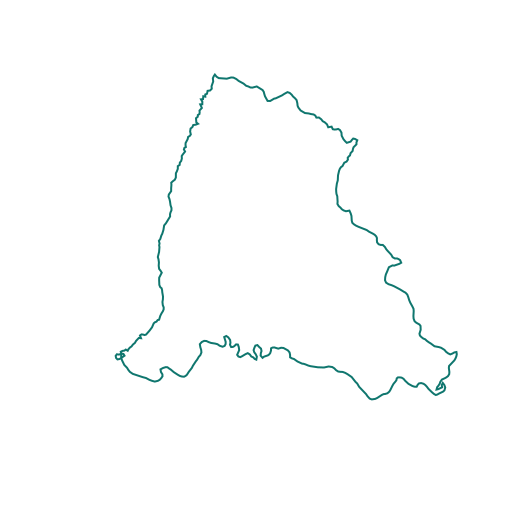 Urucuia, Minas Gerais, Brazil (Robinson projection), rotated 343°
{"feature_id": "56859067B5271560558977", "entity_name": "Urucuia", "entity_type": "district", "adm_level": 2, "iso_a3": "BRA", "parent_name": "Brazil", "parent_adm1": "Minas Gerais", "projection": "robinson", "projection_center": [-45.578, -16.022], "detail": "fine", "context": "isolated", "style": "outline", "palette": "teal", "viewbox_px": 512, "rotation_deg": 343, "n_neighbors": 0, "source": "geoboundaries", "source_scale": "gbopen_adm2", "svg_char_len": 6119}
<svg xmlns="http://www.w3.org/2000/svg" viewBox="0 0 512 512"><g transform="rotate(343 256 256)"><path d="M98.7,308.0L98.6,310.1L100.6,310.9L101.1,312.9L97.3,314.1L97.4,316.7L98.2,321.7L100.0,325.2L100.6,327.6L101.5,329.9L103.7,332.7L112.2,338.7L115.1,340.5L117.9,343.3L120.1,345.0L122.5,346.5L125.7,346.7L127.8,346.2L129.8,345.0L131.4,343.7L131.9,341.8L131.2,339.2L131.5,336.5L134.4,335.9L137.2,335.9L138.8,336.5L140.1,338.3L141.3,339.7L143.4,343.0L146.4,346.6L148.2,348.5L149.9,349.6L151.9,350.4L153.6,350.1L155.2,349.4L157.9,347.1L161.9,344.3L163.6,342.5L167.7,339.1L169.3,338.0L171.9,335.6L173.7,334.6L175.6,332.3L176.1,329.9L176.1,327.0L176.5,323.9L179.0,322.4L181.6,322.0L183.7,322.8L185.7,324.6L187.6,326.0L191.3,327.8L193.4,329.1L195.0,331.2L197.5,333.0L199.7,332.8L201.2,331.3L201.9,329.2L201.9,324.2L204.2,323.8L205.7,325.7L206.7,328.7L206.2,331.5L205.2,333.2L205.6,335.8L207.3,336.2L208.8,335.9L211.1,334.7L212.8,335.4L212.9,338.1L212.4,341.1L209.1,345.0L209.8,347.0L211.4,348.1L213.3,347.8L217.3,346.8L219.7,346.5L221.3,348.3L222.1,350.7L223.8,352.2L224.6,354.0L226.0,355.2L227.4,352.5L227.0,349.8L226.2,347.6L226.2,345.3L227.7,343.2L229.2,341.5L231.3,341.6L232.4,343.9L233.7,346.0L233.5,348.5L232.3,350.2L231.3,352.6L232.5,355.3L234.3,354.6L238.3,354.5L239.8,354.0L241.2,353.0L242.7,350.8L243.4,348.7L245.0,348.4L246.8,348.8L250.2,351.1L253.2,351.1L255.4,352.0L258.9,355.6L259.9,358.0L259.7,360.4L259.0,362.9L260.4,364.4L262.2,365.6L264.8,369.0L268.6,372.4L270.0,373.0L271.7,374.2L274.0,376.1L275.9,377.3L282.6,380.5L288.4,382.5L293.2,382.9L296.5,384.5L298.1,386.4L299.2,388.6L300.8,390.5L303.0,391.5L305.0,392.2L307.1,393.8L309.0,395.8L312.1,399.7L314.4,405.6L315.5,407.5L316.4,411.3L320.9,420.3L321.6,422.6L323.0,425.6L324.8,427.0L328.2,427.5L330.4,427.2L336.0,425.6L337.7,425.4L339.2,425.7L341.5,425.7L343.8,424.7L345.4,423.3L348.4,420.1L350.2,418.4L352.1,417.2L353.9,415.9L354.8,414.2L356.2,413.6L358.0,414.1L359.7,414.9L361.2,416.6L362.2,419.0L364.4,422.8L367.5,426.0L369.3,427.3L371.4,428.0L373.0,426.4L374.6,425.5L376.8,425.8L378.9,427.2L380.2,428.9L381.2,431.0L382.1,433.5L384.4,437.7L385.8,439.9L387.3,441.5L388.9,441.5L391.1,441.0L395.2,440.4L396.9,439.6L398.5,437.1L398.4,434.5L397.5,432.0L395.9,433.7L395.6,436.0L391.3,436.6L389.6,436.5L390.9,434.4L392.4,433.5L394.3,431.9L395.5,430.2L397.7,428.5L400.8,428.1L402.6,427.7L404.5,427.0L406.2,425.5L407.0,423.5L407.7,419.4L408.5,417.6L415.2,413.8L416.8,412.3L418.2,410.6L419.3,408.6L419.6,406.4L417.4,406.2L415.4,406.7L413.0,406.9L411.2,405.2L409.7,403.1L408.8,400.9L406.2,397.9L404.3,396.6L400.3,394.5L397.6,390.8L396.0,389.0L394.5,387.0L393.5,385.2L391.8,383.8L390.4,381.8L389.5,380.0L389.6,378.1L391.9,374.7L392.9,371.0L392.3,369.3L389.8,366.7L388.6,364.8L388.4,362.0L389.0,359.4L390.7,354.8L391.2,352.6L390.8,350.0L389.9,345.8L389.6,343.1L389.6,339.8L389.4,337.1L388.2,334.7L386.9,333.4L383.9,330.0L379.2,325.3L377.2,323.6L374.5,321.7L372.6,319.5L372.3,316.9L373.4,314.0L374.8,311.6L377.2,308.8L379.8,305.6L383.7,304.9L385.4,305.6L390.8,305.4L392.9,304.9L392.6,302.1L391.5,300.7L390.2,299.6L388.1,299.0L386.3,297.1L385.7,294.3L383.2,289.2L382.5,287.5L381.9,285.0L380.5,282.5L378.5,281.9L376.7,280.6L375.8,278.4L376.2,276.2L376.9,274.2L376.7,272.4L375.7,270.4L374.2,268.7L371.2,265.8L369.5,263.6L362.5,258.0L360.5,256.2L358.9,254.3L357.8,252.4L357.9,250.2L359.0,245.6L359.0,243.0L358.6,239.9L355.1,239.5L353.1,238.0L351.7,236.3L350.9,234.4L349.7,232.5L349.1,230.0L349.9,228.0L351.2,222.6L351.1,220.2L351.5,218.0L352.2,215.4L354.5,210.4L356.3,207.6L358.0,202.9L360.3,198.9L361.7,197.1L363.2,195.9L365.0,195.3L367.7,192.6L370.2,192.2L372.1,190.7L372.4,188.9L373.8,187.9L375.3,187.3L376.5,185.3L379.1,183.8L380.0,182.0L381.1,180.5L384.7,178.6L385.3,176.7L386.7,174.9L384.9,173.0L383.3,172.1L381.7,173.0L379.9,174.3L375.9,174.3L374.8,172.3L373.8,169.9L373.1,166.0L373.8,163.0L373.1,160.1L371.7,158.5L369.6,158.4L368.0,158.0L366.5,157.2L366.1,154.4L362.7,154.0L362.4,150.9L360.8,148.2L359.2,146.6L358.4,144.4L356.7,142.0L354.2,141.3L353.8,139.1L352.5,137.5L350.2,136.4L348.1,135.1L344.6,133.6L341.2,129.9L339.9,126.4L339.7,124.5L340.2,121.9L340.4,118.8L339.5,116.7L338.0,114.2L337.3,112.2L335.9,109.9L334.0,108.5L330.2,109.3L327.9,110.0L320.9,111.0L319.4,110.8L314.9,111.9L312.4,111.1L311.3,105.9L311.3,103.5L311.4,101.2L310.8,99.2L306.3,94.1L301.8,93.9L299.9,93.2L298.2,91.6L296.4,90.4L294.5,87.5L290.6,83.5L288.9,81.0L286.6,78.8L284.4,78.0L279.9,77.9L272.4,75.0L270.7,73.0L269.7,70.5L268.3,71.6L266.7,73.4L266.1,76.6L263.1,80.7L262.6,83.1L260.5,84.3L258.0,83.9L256.6,86.5L254.7,86.7L254.1,88.8L252.3,87.8L251.2,90.5L249.2,90.1L249.8,92.8L249.0,95.2L247.0,94.7L247.5,98.6L244.5,100.4L244.1,102.2L243.4,103.7L241.6,104.2L241.0,105.8L238.9,106.7L238.0,110.8L239.2,112.6L236.8,112.8L234.3,112.4L232.9,114.1L230.7,115.0L229.4,117.7L229.2,120.7L227.8,121.8L225.9,122.3L224.8,124.3L221.7,127.4L221.0,129.4L220.8,131.3L219.2,131.6L218.2,133.0L218.7,135.4L215.5,137.6L214.2,138.7L213.6,141.1L212.2,143.3L210.5,144.4L209.6,146.6L207.5,147.2L206.7,149.8L205.0,152.0L203.6,153.4L202.3,157.5L200.7,159.3L198.3,160.2L196.4,161.1L195.9,163.3L194.7,166.3L193.8,169.2L190.6,171.7L189.7,173.6L189.9,176.3L189.7,178.8L189.1,182.5L189.2,185.4L188.5,187.6L187.0,189.3L186.0,190.9L185.4,193.1L179.4,198.4L177.1,199.9L175.1,204.0L172.8,207.4L171.5,208.7L169.4,211.8L167.6,213.1L167.4,215.9L166.5,217.4L166.3,219.2L164.5,223.8L161.8,228.3L161.8,230.6L161.3,233.7L160.1,236.9L159.6,240.0L160.4,242.1L161.0,244.4L157.1,248.4L156.3,250.8L155.1,255.4L155.3,257.7L156.3,259.3L156.2,261.3L155.8,263.1L155.2,267.6L154.3,270.2L153.1,272.6L152.5,275.7L152.7,278.1L152.1,280.0L150.8,281.6L148.8,283.3L147.0,285.2L144.7,288.6L143.2,288.5L141.6,289.7L140.0,289.8L138.5,290.5L135.7,293.8L132.4,296.2L127.9,299.0L126.3,299.0L125.0,298.1L123.6,297.5L121.8,298.1L122.0,301.0L120.0,300.1L116.5,302.1L114.8,303.7L112.4,304.7L110.5,306.1L108.6,306.7L106.7,307.9L105.6,309.1L104.1,307.4L102.5,308.0L100.6,307.7L98.7,308.0ZM98.6,310.1L96.1,310.2L94.2,309.3L92.6,310.5L92.4,312.6L93.3,314.4L95.4,314.6L97.3,314.1L97.9,312.0L98.6,310.1Z" fill="none" stroke="#0f766e" stroke-width="2"/></g></svg>